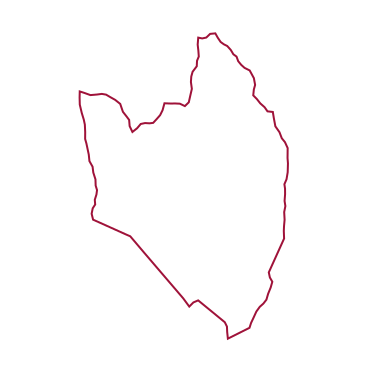 the district of Teodoro Sampaio, Bahia, Brazil, rotated 168°
{"feature_id": "56859067B12292391578023", "entity_name": "Teodoro Sampaio", "entity_type": "district", "adm_level": 2, "iso_a3": "BRA", "parent_name": "Brazil", "parent_adm1": "Bahia", "projection": "equal_earth", "projection_center": [-38.617, -12.264], "detail": "fine", "context": "isolated", "style": "outline", "palette": "rose", "viewbox_px": 384, "rotation_deg": 168, "n_neighbors": 0, "source": "geoboundaries", "source_scale": "gbopen_adm2", "svg_char_len": 1693}
<svg xmlns="http://www.w3.org/2000/svg" viewBox="0 0 384 384"><g transform="rotate(168 192 192)"><path d="M218.5,80.5L213.6,83.7L208.5,84.7L187.0,57.8L185.8,53.1L186.7,47.7L187.4,41.1L164.0,47.2L161.4,51.7L157.6,56.7L153.9,61.7L149.6,65.6L145.4,68.0L141.6,71.2L138.7,76.6L134.9,82.2L132.1,87.5L133.6,92.2L133.6,97.4L111.6,127.3L110.3,134.8L109.1,139.4L107.2,145.6L106.0,153.2L103.6,158.8L103.3,164.0L101.4,170.5L100.3,175.9L100.0,180.4L96.9,184.8L94.3,191.4L92.2,200.0L91.5,205.3L90.5,209.7L89.3,215.1L90.7,221.4L93.0,225.9L94.0,232.3L96.8,238.9L96.6,247.2L96.3,253.5L101.4,255.2L103.4,259.9L106.8,264.5L109.2,269.4L112.0,273.8L110.2,279.4L108.0,283.6L107.8,290.5L110.3,298.9L114.8,302.5L117.4,306.1L119.6,310.3L120.3,315.2L122.9,318.1L124.5,322.8L127.2,327.5L130.1,329.8L132.8,332.8L134.7,337.5L136.2,342.3L141.4,342.9L145.9,340.1L150.1,340.1L153.8,341.7L155.8,335.0L156.4,328.9L157.2,323.1L159.8,319.3L161.2,314.0L166.4,309.5L168.7,305.1L170.2,299.8L170.7,292.9L173.6,286.7L176.5,280.4L181.1,277.5L185.5,280.9L189.7,282.0L195.0,283.1L200.5,284.5L203.8,278.1L207.2,273.8L211.5,270.6L215.6,267.7L219.2,268.0L223.6,269.2L228.0,269.2L232.4,265.8L237.8,263.1L239.3,269.4L238.5,275.6L240.4,279.7L242.9,284.8L243.9,293.1L248.0,298.1L252.1,301.7L255.8,305.1L259.8,306.7L264.7,307.1L271.2,307.9L276.7,311.3L280.9,313.7L282.3,307.8L283.6,300.8L283.4,292.2L282.8,285.3L282.8,280.2L284.0,272.9L285.5,266.1L285.2,261.4L285.2,256.5L285.2,250.1L285.9,243.5L284.0,237.4L284.5,231.5L283.8,224.4L284.9,218.3L284.5,213.6L286.0,209.4L288.7,204.6L289.3,199.9L292.5,196.7L294.7,191.6L294.5,185.5L265.4,164.2L261.6,161.5L251.1,142.0L222.7,89.8L218.5,80.5Z" fill="none" stroke="#9f1239" stroke-width="2"/></g></svg>